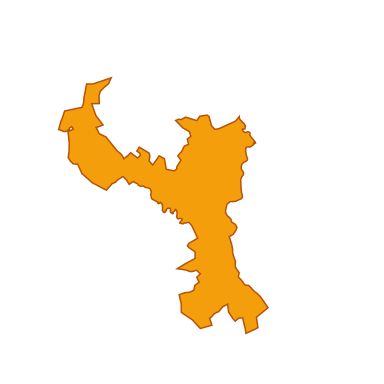 the district of Wudil, Kano, Nigeria, rotated 145°
{"feature_id": "59680162B14541309037731", "entity_name": "Wudil", "entity_type": "district", "adm_level": 2, "iso_a3": "NGA", "parent_name": "Nigeria", "parent_adm1": "Kano", "projection": "natural_earth1", "projection_center": [8.871, 11.763], "detail": "fine", "context": "isolated", "style": "filled", "palette": "amber", "viewbox_px": 384, "rotation_deg": 145, "n_neighbors": 0, "source": "geoboundaries", "source_scale": "gbopen_adm2", "svg_char_len": 5485}
<svg xmlns="http://www.w3.org/2000/svg" viewBox="0 0 384 384"><g transform="rotate(145 192 192)"><path d="M196.1,53.6L196.0,59.7L196.0,61.8L196.0,67.1L196.8,71.5L197.8,74.4L198.3,77.4L199.1,82.8L202.0,85.6L202.1,91.7L202.8,95.6L202.5,96.0L199.7,98.8L199.6,105.2L198.4,107.5L196.2,110.2L194.8,115.5L193.4,119.4L191.8,121.4L189.6,126.2L187.7,132.2L187.2,134.1L184.4,133.8L182.3,133.7L178.2,135.4L175.5,137.2L175.1,139.5L175.2,140.9L176.1,143.1L176.8,144.8L176.1,146.0L175.9,146.8L175.8,147.6L175.8,148.5L176.0,149.6L176.5,151.5L176.7,153.1L176.6,154.0L176.2,155.0L176.4,155.7L174.8,157.9L174.0,158.6L172.8,159.8L172.2,160.2L170.5,161.8L168.5,162.1L166.3,162.3L164.1,160.7L161.6,159.4L155.3,158.2L153.8,158.8L152.6,160.9L151.0,164.7L148.5,168.7L145.1,174.2L142.8,175.8L140.3,176.6L138.6,178.2L138.5,182.6L137.1,184.5L135.5,185.9L134.3,186.4L132.2,186.7L130.7,186.2L128.5,186.3L127.3,187.5L126.8,189.9L126.2,191.2L125.7,192.6L123.5,196.4L121.7,197.4L120.6,197.2L119.7,196.8L119.3,195.7L117.4,195.4L116.4,195.5L115.5,195.7L115.0,195.4L114.6,195.4L113.8,195.7L113.6,196.7L113.0,197.1L112.6,196.6L112.3,195.7L111.9,195.6L111.8,196.0L111.6,196.9L111.7,198.8L112.1,202.7L111.9,204.7L112.1,205.5L111.4,206.2L110.6,207.1L110.7,208.1L111.7,209.3L112.1,209.5L113.0,209.7L113.6,209.8L114.4,210.5L115.0,211.6L115.3,212.3L115.2,212.9L114.9,213.5L114.9,214.4L114.3,214.5L113.7,214.2L113.1,213.6L112.4,213.3L112.2,213.5L111.2,214.9L110.3,215.4L110.1,218.6L110.9,220.6L110.6,221.1L110.8,222.0L111.0,223.0L111.1,224.1L110.9,225.1L110.5,226.1L110.1,226.6L114.5,225.4L116.4,225.2L133.5,228.4L134.2,228.6L137.4,230.4L138.0,235.1L134.7,244.2L135.6,246.4L142.2,249.6L147.1,247.7L147.4,248.1L154.3,257.0L159.6,257.6L159.9,257.9L160.8,259.1L164.4,260.0L162.7,249.8L159.5,242.9L161.0,238.3L165.5,238.0L167.4,233.1L172.0,234.0L177.1,231.2L183.0,229.8L182.8,224.4L189.8,221.5L191.4,219.6L194.6,219.6L199.7,225.1L200.0,225.4L195.5,235.1L197.9,240.1L198.1,240.4L208.4,236.8L208.7,236.7L209.3,242.2L206.0,245.5L204.8,248.5L208.9,257.7L209.5,259.0L210.7,258.4L211.5,258.0L213.7,257.2L212.4,253.1L213.6,251.5L214.6,251.4L216.0,251.2L217.0,251.0L219.8,259.4L222.6,258.7L228.8,258.3L228.3,261.2L228.4,263.4L228.7,265.4L229.2,266.7L229.7,268.9L229.9,271.3L230.0,273.5L230.1,274.1L230.9,286.8L231.3,287.2L234.5,292.8L233.5,300.0L231.4,299.1L226.4,297.9L226.9,309.4L226.3,312.0L223.5,321.8L217.2,317.6L212.9,324.3L209.3,327.1L203.8,328.1L198.3,328.6L192.7,331.9L206.1,335.8L211.2,337.3L216.4,340.9L226.7,330.9L229.4,327.5L230.7,326.4L232.1,325.3L234.0,324.4L235.7,325.4L249.9,331.4L255.6,327.1L258.9,325.0L261.4,323.0L265.5,319.6L264.2,318.2L263.2,316.4L262.8,315.6L262.2,315.1L261.5,314.5L260.8,314.1L260.4,313.9L259.5,313.7L258.0,313.8L256.9,313.7L255.7,314.6L253.0,314.6L253.0,311.6L256.9,312.2L256.8,312.9L258.0,312.9L259.0,312.5L264.4,302.7L269.1,296.2L273.7,291.2L273.9,287.4L273.3,283.4L269.7,280.2L271.6,270.3L268.4,256.8L261.1,242.6L252.7,244.6L248.9,243.9L246.2,244.6L240.6,244.3L239.5,244.1L239.3,242.9L239.3,242.4L239.3,242.0L238.8,240.1L239.1,234.3L234.1,234.3L233.6,233.2L232.6,231.2L232.0,229.9L231.9,229.2L232.0,228.1L231.4,227.2L230.5,226.0L229.3,225.3L228.6,225.0L228.2,224.5L227.9,223.2L227.6,222.6L226.8,221.7L226.1,221.0L225.4,220.3L224.7,219.4L224.5,218.6L224.5,217.7L224.9,217.2L225.2,215.7L226.0,214.8L226.4,214.2L227.3,213.6L227.7,212.7L228.0,211.9L228.4,210.9L228.8,210.3L228.6,209.6L228.7,208.8L225.8,203.3L226.2,203.0L226.4,202.2L226.1,201.6L225.3,201.5L224.6,201.6L224.1,201.7L223.7,201.7L223.8,200.7L223.6,199.8L223.5,198.9L223.6,198.4L224.3,197.6L224.9,196.4L225.7,195.3L226.6,194.4L226.9,193.7L226.9,191.9L226.6,191.3L226.1,190.9L225.6,190.9L225.4,191.4L225.0,191.7L224.6,191.8L224.3,191.8L224.1,191.4L223.7,191.4L223.7,191.8L223.4,192.0L223.1,192.2L222.5,192.5L221.8,192.6L221.2,192.6L220.7,192.2L220.1,191.8L219.7,191.6L219.4,191.5L219.3,191.1L219.4,190.7L219.6,190.4L219.7,189.9L220.1,189.5L220.6,188.9L221.0,188.3L221.1,187.6L221.0,186.9L220.8,186.3L220.7,185.8L220.5,185.4L220.2,185.3L219.8,185.2L219.5,185.6L219.4,186.2L219.2,186.5L218.7,186.4L217.9,186.4L217.2,186.4L216.6,186.6L216.0,187.0L215.7,187.2L215.3,187.1L215.3,186.7L215.4,186.3L215.4,185.7L215.4,185.1L215.6,184.4L216.5,183.2L216.8,182.6L217.1,182.1L217.7,181.7L218.4,181.1L218.8,180.6L219.0,179.5L219.1,178.8L218.8,178.1L218.6,177.8L218.3,177.7L217.9,177.6L217.5,177.5L217.1,177.3L216.8,177.1L216.5,176.7L216.3,176.5L215.8,176.3L215.7,175.8L215.8,175.3L216.0,175.0L216.3,174.7L216.6,174.7L217.1,174.6L217.4,174.6L217.8,174.4L218.3,174.2L218.7,174.1L219.1,174.1L219.4,174.0L219.7,173.9L219.8,173.7L219.7,173.3L219.6,173.2L219.2,172.8L219.0,172.4L218.1,171.5L217.5,171.0L216.7,171.0L216.1,171.0L215.8,171.0L215.6,170.8L215.2,170.4L214.8,170.1L214.3,169.9L213.7,169.8L213.2,169.6L212.5,169.1L211.9,168.6L211.5,164.6L213.8,151.0L223.9,151.7L224.7,151.3L226.5,150.8L226.7,150.4L226.3,147.9L223.8,141.2L224.8,139.7L225.9,138.2L226.5,137.3L227.7,135.8L239.7,137.2L248.1,137.6L241.7,131.6L239.2,127.9L237.7,126.9L236.0,126.2L233.6,125.5L233.1,125.0L232.1,120.2L237.0,119.4L237.9,114.3L237.9,114.0L241.6,114.0L243.6,113.8L245.3,111.6L247.4,110.5L251.7,111.4L255.8,113.7L261.5,115.2L264.8,106.9L269.8,99.5L265.0,86.9L263.5,75.4L261.8,74.8L252.1,71.5L250.0,78.5L249.0,78.4L246.4,78.8L243.8,79.5L241.1,79.2L238.7,78.7L232.6,80.3L227.1,79.7L230.9,72.8L231.1,64.2L230.7,61.4L225.9,61.9L222.6,59.6L223.4,58.2L227.1,48.8L228.9,45.2L218.2,43.3L215.8,43.1L211.0,52.5L196.1,53.6Z" fill="#f59e0b" stroke="#b45309" stroke-width="1.5"/></g></svg>